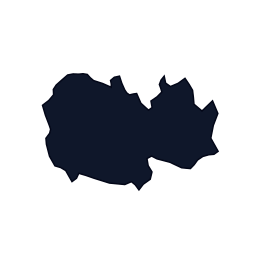 SVG path tracing the border of Santiago, rotated 43°
{"feature_id": "DOM-1390", "entity_name": "Santiago", "entity_type": "Province", "adm_level": 1, "iso_a3": "DOM", "parent_name": "Dominican Republic", "parent_adm1": "", "projection": "mercator", "projection_center": [-70.906, 19.338], "detail": "fine", "context": "isolated", "style": "filled", "palette": "ink", "viewbox_px": 256, "rotation_deg": 43, "n_neighbors": 0, "source": "natural_earth", "source_scale": "10m", "svg_char_len": 1156}
<svg xmlns="http://www.w3.org/2000/svg" viewBox="0 0 256 256"><g transform="rotate(43 128 128)"><path d="M209.8,83.6L208.8,88.6L205.3,92.5L202.1,97.8L200.7,104.0L201.4,109.7L201.3,115.1L197.7,117.9L194.3,120.5L181.9,124.5L170.2,130.8L164.4,132.4L162.7,137.4L168.4,141.8L175.5,143.8L179.2,150.3L177.5,158.7L178.2,165.8L172.1,164.6L167.1,164.9L164.2,171.5L152.0,180.9L137.4,187.9L129.7,191.3L122.9,194.7L124.6,199.9L123.6,205.4L117.5,203.5L111.5,201.6L105.8,202.8L100.4,205.5L89.9,202.2L79.4,195.5L75.0,191.5L74.3,185.3L72.3,181.7L68.4,179.6L58.8,174.9L50.0,169.7L51.3,161.9L50.9,154.4L47.1,150.7L46.2,145.5L46.9,137.9L47.7,130.4L51.0,125.9L55.2,122.3L58.1,119.0L61.7,116.6L66.1,117.0L70.5,116.8L79.0,112.8L87.9,109.7L85.9,107.3L82.8,105.1L83.4,100.2L86.4,95.9L92.9,99.5L99.7,102.4L103.2,103.2L106.5,102.8L108.7,99.5L110.8,96.9L120.5,101.1L130.8,101.0L131.7,96.6L126.4,92.6L128.0,85.4L128.2,78.6L124.7,76.5L121.3,74.8L119.5,70.4L119.1,65.4L124.9,69.5L130.8,68.7L134.2,61.1L135.8,52.8L143.1,54.5L149.5,56.4L154.8,60.9L160.0,65.6L170.5,65.1L171.3,50.5L183.8,56.1L188.6,67.9L195.5,79.0L209.8,83.6Z" fill="#0f172a" stroke="#020617" stroke-width="1.5"/></g></svg>